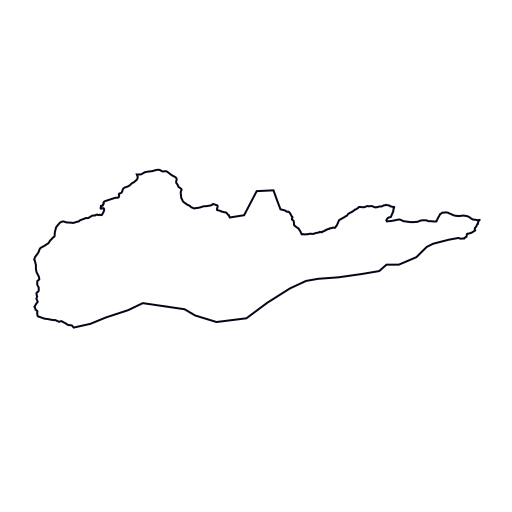 outline of Berekum East Municipal, Brong Ahafo, Ghana, rotated 273°
{"feature_id": "2480657B78254100433505", "entity_name": "Berekum East Municipal", "entity_type": "district", "adm_level": 2, "iso_a3": "GHA", "parent_name": "Ghana", "parent_adm1": "Brong Ahafo", "projection": "equal_earth", "projection_center": [-2.534, 7.485], "detail": "fine", "context": "isolated", "style": "outline", "palette": "ink", "viewbox_px": 512, "rotation_deg": 273, "n_neighbors": 0, "source": "geoboundaries", "source_scale": "gbopen_adm2", "svg_char_len": 6017}
<svg xmlns="http://www.w3.org/2000/svg" viewBox="0 0 512 512"><g transform="rotate(273 256 256)"><path d="M303.7,477.3L303.6,476.4L303.4,475.8L303.4,475.4L303.4,474.6L303.7,473.2L303.7,471.0L304.6,469.1L304.7,468.8L305.6,467.7L306.5,465.9L307.0,463.8L307.2,461.0L307.1,459.8L306.5,456.9L306.7,455.9L306.4,455.1L306.6,454.1L306.7,452.5L307.1,450.9L308.2,448.2L308.8,446.4L309.3,445.5L309.5,442.9L309.2,442.0L309.1,440.0L308.1,438.7L307.5,437.7L307.2,437.5L306.1,437.1L303.2,435.6L301.8,435.1L301.0,434.6L300.0,434.4L299.9,433.7L299.8,431.7L299.9,428.2L299.8,426.4L300.5,424.5L300.5,422.4L300.3,419.7L300.1,418.8L298.5,415.2L298.5,414.3L298.2,412.7L298.1,411.6L297.9,408.8L298.5,401.4L299.4,399.3L299.8,398.1L299.9,397.6L299.9,397.0L299.6,395.3L298.6,391.7L298.0,388.9L297.4,384.9L298.4,384.3L299.3,384.6L300.8,385.6L301.6,387.0L301.9,388.5L302.0,388.6L308.0,390.8L310.0,390.8L311.4,391.4L312.1,391.4L312.2,390.7L312.2,390.3L312.7,387.4L313.2,386.8L313.5,386.3L313.5,385.2L313.8,383.7L313.9,383.1L313.4,382.1L313.3,381.1L313.1,380.6L312.3,379.5L312.0,378.3L311.9,376.8L311.5,375.5L311.1,374.7L311.0,374.3L311.1,373.7L311.0,373.3L310.8,373.1L310.8,372.4L311.3,370.7L311.8,369.7L311.9,368.9L311.8,367.5L311.5,366.2L311.7,365.1L311.7,364.6L310.3,361.2L310.4,356.3L309.4,355.5L307.7,353.2L307.4,352.2L305.8,350.6L305.3,349.7L304.8,349.2L304.2,347.8L302.8,345.8L301.8,345.2L300.8,344.4L300.1,343.0L299.6,342.5L296.2,337.1L291.0,335.2L290.3,334.8L289.8,334.3L288.8,333.8L288.3,333.3L288.4,333.1L288.3,332.5L288.4,332.0L288.2,330.9L287.7,329.7L287.6,329.3L287.6,328.5L287.4,328.0L287.0,327.8L286.8,327.5L286.6,326.3L286.2,325.7L285.9,324.7L285.5,324.5L285.3,323.8L284.6,323.2L284.0,321.4L283.2,320.7L283.4,320.2L283.2,319.5L283.2,319.1L283.4,318.3L282.9,317.8L282.7,317.3L282.5,316.8L282.5,316.3L282.3,315.6L282.1,314.5L281.7,313.8L281.5,313.0L281.1,312.4L281.1,311.6L281.0,311.2L280.9,310.7L281.1,310.1L281.1,308.7L280.8,308.0L280.6,306.8L280.3,305.8L280.4,304.9L280.1,304.1L280.2,303.7L280.1,302.7L280.2,302.1L280.4,301.7L280.2,301.3L280.0,301.1L280.0,300.8L280.1,300.4L283.0,299.0L284.6,297.7L285.1,297.5L285.9,296.7L286.8,295.1L288.3,292.9L289.2,292.3L289.5,292.4L292.6,291.9L293.1,291.6L293.9,290.8L294.3,290.0L295.3,289.9L296.7,290.4L297.0,290.2L297.3,289.8L297.9,289.3L298.7,288.9L301.1,287.3L301.9,286.1L302.0,285.7L301.8,284.7L301.9,284.3L303.0,282.6L303.9,278.0L313.0,274.0L322.5,270.0L320.8,253.3L296.1,242.0L293.1,227.8L294.6,227.0L295.3,226.8L295.8,225.8L297.6,224.3L298.0,223.3L298.0,222.1L298.4,220.5L298.6,219.1L299.0,218.6L299.3,217.5L299.8,214.9L300.1,214.6L300.4,214.5L303.5,215.1L304.2,215.0L304.5,214.7L304.7,214.1L305.7,210.3L304.4,208.9L304.0,207.6L303.1,203.6L303.0,201.8L302.6,200.2L301.7,198.0L301.3,196.6L300.9,195.0L300.8,193.9L300.4,192.2L300.2,191.9L301.3,188.8L302.6,187.2L303.0,186.5L303.6,184.7L304.1,184.0L306.3,180.6L306.9,180.1L309.3,178.8L310.0,178.3L310.4,178.3L314.5,177.6L315.8,177.5L316.6,177.6L317.8,178.1L318.4,178.2L319.0,177.9L319.8,176.8L320.5,175.8L320.9,175.1L321.1,174.9L322.8,174.1L323.6,173.6L324.4,172.8L324.7,172.6L325.8,172.4L326.5,172.4L328.3,172.8L328.8,172.7L329.4,172.5L330.2,171.8L330.6,171.2L332.0,168.2L332.4,167.4L335.6,162.8L335.9,162.0L335.9,161.2L335.9,160.6L335.5,158.7L335.8,157.5L336.8,155.5L337.0,154.7L336.9,152.9L336.4,150.9L335.4,148.3L334.4,142.7L333.8,140.5L333.2,139.6L331.8,137.5L331.4,136.4L331.2,132.7L329.0,133.7L327.2,133.6L326.1,133.1L323.4,130.4L322.0,128.1L320.4,126.6L319.7,125.9L318.6,124.1L317.5,121.3L316.4,119.9L315.7,119.6L312.9,118.8L312.1,118.3L311.7,117.7L311.2,116.2L310.8,115.9L310.2,115.8L309.3,116.1L308.9,116.2L307.5,115.8L307.2,115.6L307.0,114.7L306.8,112.9L306.4,111.5L304.1,105.5L303.2,103.2L302.6,101.9L302.0,101.2L301.6,101.0L301.2,100.9L300.4,101.2L300.1,101.2L299.4,100.4L298.7,100.5L298.5,100.4L298.3,100.3L298.1,99.8L298.0,98.7L297.9,98.5L297.6,98.4L296.9,98.8L295.9,98.3L295.5,98.3L295.3,98.4L295.1,98.8L295.7,100.8L295.7,101.3L294.9,101.9L294.0,101.9L293.1,101.8L291.2,101.1L289.8,100.3L289.4,100.2L288.8,99.7L288.7,99.2L289.0,98.1L289.0,97.7L288.6,96.4L288.6,96.0L289.0,95.3L289.0,94.8L288.9,94.4L288.6,94.0L288.1,93.3L288.0,92.9L288.0,91.9L287.8,90.8L287.6,90.2L285.9,87.6L285.3,86.9L285.1,86.3L285.0,84.4L284.8,83.6L284.1,82.3L283.9,81.7L282.5,78.5L282.3,78.2L281.3,77.3L280.8,75.4L279.8,72.9L279.6,72.0L279.4,71.2L279.6,69.7L279.6,65.1L280.4,62.1L280.4,61.4L280.2,60.7L279.9,59.9L279.3,58.8L277.9,57.5L274.7,55.2L273.9,54.8L269.2,53.9L265.3,53.8L264.9,53.6L264.5,53.3L263.8,52.3L263.1,51.7L262.1,51.0L260.8,49.7L258.0,48.1L257.4,47.4L256.3,45.7L255.8,45.3L253.2,41.1L252.6,40.3L252.1,39.9L251.0,39.4L248.3,38.6L247.6,38.2L243.4,35.4L242.1,35.0L241.1,34.9L240.8,34.7L240.2,35.2L235.4,36.7L231.5,36.9L230.1,37.2L228.7,37.6L227.6,38.1L224.6,39.9L223.4,40.4L222.1,40.7L221.4,40.8L221.0,40.6L219.7,39.0L219.3,38.9L216.3,39.0L215.6,39.2L213.4,40.5L212.9,40.7L210.1,40.8L209.4,40.6L209.0,40.3L208.0,39.0L207.4,38.7L205.2,39.1L204.3,39.6L202.3,39.0L201.8,39.0L198.8,40.4L198.4,40.2L196.9,39.1L193.7,37.4L192.8,38.0L191.8,38.4L191.1,38.6L190.8,38.8L190.0,39.9L189.6,40.4L189.4,40.6L186.8,40.5L184.4,41.2L182.4,47.9L182.3,48.6L182.1,51.6L181.7,54.2L181.4,56.9L181.5,58.9L180.0,62.7L180.8,65.1L178.2,70.5L177.7,71.1L177.4,71.8L177.2,72.4L177.2,74.3L176.9,75.9L175.0,77.7L179.6,94.2L186.8,109.4L195.2,131.1L203.0,145.4L199.1,187.4L193.4,198.4L188.0,220.0L193.3,249.7L209.9,269.7L225.4,291.6L233.7,307.2L236.5,319.4L239.0,339.3L243.6,362.8L247.4,379.8L254.2,386.8L254.8,399.0L263.2,416.2L274.0,426.0L277.5,432.2L282.4,447.8L284.6,457.2L284.0,459.3L284.4,463.0L284.9,463.1L285.5,464.3L285.9,464.4L286.2,465.1L287.3,465.4L288.5,465.4L289.2,465.7L289.4,466.0L289.3,466.8L289.4,467.1L289.7,467.6L289.9,468.5L290.4,469.5L290.5,470.1L290.8,470.5L291.1,470.8L292.6,473.0L293.0,473.5L293.6,473.2L293.9,473.2L294.3,473.0L295.5,473.2L295.7,473.3L295.8,473.6L297.3,474.6L298.4,474.9L299.3,475.3L299.5,475.8L300.6,476.1L300.8,475.9L301.3,476.0L303.0,476.7L303.5,477.3L303.7,477.3Z" fill="none" stroke="#020617" stroke-width="2"/></g></svg>